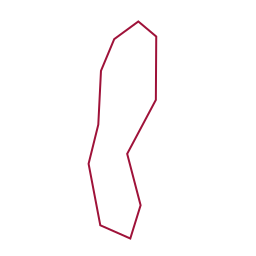 an SVG outline of Spanish Wells, rotated 298°
{"feature_id": "BHS-5025", "entity_name": "Spanish Wells", "entity_type": "District", "adm_level": 1, "iso_a3": "BHS", "parent_name": "The Bahamas", "parent_adm1": "", "projection": "equal_earth", "projection_center": [-76.84, 25.52], "detail": "fine", "context": "isolated", "style": "outline", "palette": "rose", "viewbox_px": 256, "rotation_deg": 298, "n_neighbors": 0, "source": "natural_earth", "source_scale": "10m", "svg_char_len": 302}
<svg xmlns="http://www.w3.org/2000/svg" viewBox="0 0 256 256"><g transform="rotate(298 128 128)"><path d="M165.8,77.3L200.0,74.1L226.9,87.1L222.0,110.0L165.9,139.4L104.8,139.4L65.7,175.4L31.5,181.9L29.1,149.2L77.9,110.0L117.0,100.2L165.8,77.3Z" fill="none" stroke="#9f1239" stroke-width="2"/></g></svg>